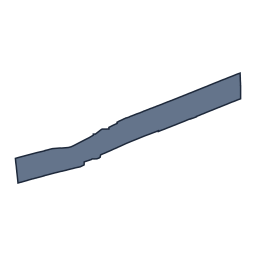 Thanyaburi, Pathum Thani, Thailand (Robinson projection)
{"feature_id": "78962969B80991163845890", "entity_name": "Thanyaburi", "entity_type": "district", "adm_level": 2, "iso_a3": "THA", "parent_name": "Thailand", "parent_adm1": "Pathum Thani", "projection": "robinson", "projection_center": [100.776, 14.033], "detail": "fine", "context": "isolated", "style": "filled", "palette": "slate", "viewbox_px": 256, "rotation_deg": 0, "n_neighbors": 0, "source": "geoboundaries", "source_scale": "gbopen_adm2", "svg_char_len": 5087}
<svg xmlns="http://www.w3.org/2000/svg" viewBox="0 0 256 256"><path d="M15.4,158.4L15.6,160.4L15.7,161.9L16.0,164.2L16.3,166.5L16.5,168.8L16.7,170.5L16.8,171.8L17.1,174.3L17.4,177.1L17.7,180.0L17.9,182.0L18.0,183.0L20.1,182.4L21.1,182.2L23.8,181.4L27.4,180.4L28.8,179.9L29.6,179.7L30.7,179.4L31.0,179.3L31.9,179.0L33.0,178.8L34.1,178.5L34.5,178.4L34.9,178.3L35.4,178.1L36.1,178.0L36.6,177.9L37.0,177.7L37.5,177.6L37.9,177.5L38.8,177.3L39.0,177.2L40.3,176.9L42.8,176.2L44.2,175.8L44.2,175.6L44.8,175.5L45.7,175.3L48.1,174.7L49.2,174.4L52.1,173.6L53.0,173.4L54.0,173.1L54.7,172.9L57.0,172.4L60.0,171.6L60.9,171.4L62.1,171.2L64.5,170.6L65.0,170.5L66.3,170.2L66.6,170.1L68.0,169.7L71.2,168.9L73.0,168.5L74.7,168.0L75.6,167.8L76.0,167.7L79.0,167.1L79.8,166.9L80.3,166.8L82.9,165.5L83.1,165.4L83.4,165.3L84.1,164.9L84.2,161.9L86.0,161.3L87.5,160.8L89.1,160.3L90.1,159.9L90.5,159.8L90.8,159.8L92.2,158.9L94.7,158.9L97.0,158.8L99.1,158.0L99.3,157.9L99.4,157.7L99.6,157.5L100.1,157.3L100.1,157.2L100.4,155.9L100.6,154.9L100.9,154.7L102.1,154.2L103.0,153.8L103.7,153.5L104.6,153.2L105.2,152.9L106.2,152.5L106.7,152.2L107.0,152.1L109.1,151.2L110.7,150.5L112.2,149.8L113.6,149.1L115.4,148.4L117.2,147.6L117.8,147.3L118.1,147.1L119.6,146.5L126.1,143.5L127.3,143.0L130.9,141.5L137.4,138.9L140.0,137.8L142.0,137.0L144.7,135.9L147.4,134.9L149.9,134.0L153.5,132.6L155.7,131.8L158.4,130.7L158.4,131.5L160.8,130.5L164.8,129.0L167.7,127.8L170.6,126.7L173.3,125.6L175.5,124.8L178.1,123.7L181.4,122.4L184.7,121.1L188.2,119.6L191.1,118.6L191.1,118.8L191.8,118.5L192.8,118.2L193.9,117.8L195.5,117.2L196.5,116.8L196.5,116.4L197.4,116.1L198.5,115.6L199.4,115.3L200.3,114.9L200.9,114.6L201.2,114.5L201.5,114.4L202.6,113.9L203.1,113.8L203.3,113.7L204.7,113.1L206.6,112.3L209.1,111.3L209.8,111.0L211.9,110.2L212.8,109.9L213.5,109.5L214.3,109.2L215.3,108.8L216.8,108.2L218.7,107.4L219.2,107.3L221.3,106.4L222.3,106.0L223.8,105.4L224.8,105.0L225.5,104.7L225.8,104.6L226.1,104.5L226.7,104.3L227.1,104.1L227.5,103.9L228.0,103.7L228.3,103.6L228.7,103.4L229.1,103.2L229.4,103.1L229.8,103.0L230.1,102.8L230.9,102.5L231.4,102.3L232.1,102.0L232.7,101.8L232.9,101.7L233.4,101.6L233.9,101.4L234.2,101.3L234.5,101.1L235.2,100.9L236.6,100.3L237.8,99.8L239.5,99.2L240.6,98.8L240.6,97.5L240.6,95.6L240.6,94.5L240.6,94.3L240.6,93.3L240.6,90.9L240.6,89.7L240.6,88.3L240.6,87.1L240.6,86.3L240.6,86.1L240.5,85.8L240.6,85.7L240.6,85.4L240.5,85.2L240.5,84.6L240.5,83.8L240.5,83.0L240.4,81.8L240.4,81.1L240.3,79.8L240.3,78.8L240.3,77.9L240.2,76.6L240.2,75.4L240.1,74.1L240.1,73.1L237.5,74.0L237.2,74.1L236.2,74.5L235.0,75.0L234.3,75.3L232.1,76.2L229.7,77.1L227.9,77.8L226.5,78.4L225.3,78.9L224.3,79.3L224.2,79.3L223.6,79.5L220.8,80.6L219.4,81.2L218.0,81.8L215.6,82.7L215.2,82.9L213.6,83.5L212.2,84.1L210.7,84.7L208.0,85.8L207.5,86.1L206.9,86.3L206.4,86.5L205.9,86.7L205.3,86.9L204.8,87.1L204.3,87.3L203.9,87.5L203.2,87.7L202.6,88.0L202.1,88.2L201.9,88.3L201.5,88.4L201.4,88.5L201.1,88.6L200.5,88.8L199.9,89.1L199.4,89.3L199.1,89.4L198.8,89.5L198.4,89.7L198.2,89.7L198.1,89.8L197.7,90.0L197.4,90.1L197.0,90.2L196.7,90.4L196.3,90.5L196.0,90.7L195.6,90.8L195.2,91.0L194.8,91.1L194.5,91.2L194.3,91.3L194.1,91.4L193.8,91.6L193.4,91.7L193.2,91.8L192.4,92.1L191.9,92.3L191.7,92.4L191.4,92.6L190.6,92.8L190.0,93.1L189.5,93.2L188.8,93.5L188.1,93.8L186.9,94.3L186.0,94.7L185.0,95.1L184.7,95.2L184.3,95.3L183.4,95.7L182.7,96.0L181.8,96.4L180.9,96.7L179.9,97.1L179.3,97.3L178.4,97.7L175.2,99.0L174.3,99.3L173.8,99.6L173.6,99.6L173.1,99.8L172.6,100.0L171.8,100.4L171.1,100.6L170.2,100.9L169.6,101.2L169.1,101.4L168.6,101.6L168.4,101.6L167.6,101.9L167.1,102.1L166.9,102.2L166.6,102.3L166.2,102.5L165.8,102.6L165.4,102.8L164.4,103.2L163.6,103.5L162.7,103.9L162.2,104.1L161.3,104.5L160.6,104.7L159.6,105.1L158.9,105.4L158.4,105.6L157.4,105.9L156.4,106.3L155.3,106.8L154.5,107.1L154.0,107.2L153.9,107.3L153.4,107.5L152.5,107.9L151.2,108.3L150.6,108.5L149.8,108.8L148.5,109.4L146.8,110.0L146.3,110.2L145.4,110.6L143.3,111.3L143.1,111.5L142.5,111.8L142.4,111.8L141.1,112.3L140.0,112.8L139.5,113.0L138.2,113.4L137.4,113.7L136.4,114.0L134.9,114.7L134.7,114.7L134.6,114.8L134.3,114.9L134.0,115.0L133.6,115.2L132.7,115.5L131.8,115.9L130.3,116.4L129.4,116.9L128.9,117.1L128.4,117.3L127.2,117.7L126.9,117.8L126.7,117.8L126.1,118.0L125.8,118.0L124.3,118.8L124.1,118.8L122.5,119.6L121.2,120.2L120.6,120.5L119.4,121.0L118.6,121.4L118.3,121.6L118.0,121.8L117.3,122.1L117.3,122.5L117.1,122.5L117.1,123.3L116.9,123.3L116.9,123.5L114.3,124.7L112.6,125.5L110.9,126.4L108.9,127.4L108.9,128.1L108.9,129.0L108.3,129.0L107.0,129.0L106.9,129.0L106.7,129.1L106.3,129.1L104.9,129.1L104.5,129.1L103.7,129.1L103.0,129.1L102.3,129.1L102.2,129.1L101.5,129.4L101.2,129.6L95.4,134.1L94.6,134.1L93.9,134.1L93.3,134.1L93.3,135.2L89.1,137.7L85.3,139.6L78.7,143.0L73.7,145.6L71.1,146.8L69.2,147.3L68.4,147.5L63.7,147.9L61.2,148.1L60.3,148.0L52.6,148.6L50.1,149.2L47.7,149.9L45.0,150.5L44.8,150.6L44.7,150.7L44.7,150.8L43.8,151.0L42.7,151.3L40.0,151.9L37.3,152.5L29.0,154.7L25.2,155.7L23.4,156.2L22.2,156.5L18.8,157.4L15.4,158.4Z" fill="#64748b" stroke="#1e293b" stroke-width="1.5"/></svg>